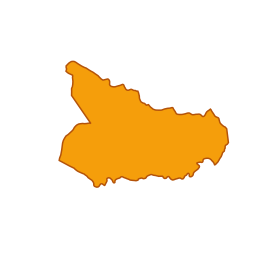 outline of La Fille, Micoud, Saint Lucia, rotated 135°
{"feature_id": "8701671B6329691357439", "entity_name": "La Fille", "entity_type": "district", "adm_level": 2, "iso_a3": "LCA", "parent_name": "Saint Lucia", "parent_adm1": "Micoud", "projection": "mercator", "projection_center": [-60.934, 13.835], "detail": "fine", "context": "isolated", "style": "filled", "palette": "amber", "viewbox_px": 256, "rotation_deg": 135, "n_neighbors": 0, "source": "geoboundaries", "source_scale": "gbopen_adm2", "svg_char_len": 5754}
<svg xmlns="http://www.w3.org/2000/svg" viewBox="0 0 256 256"><g transform="rotate(135 128 128)"><path d="M97.0,130.0L98.9,131.2L98.9,133.6L99.8,135.2L100.3,137.1L100.1,138.1L99.2,140.4L98.5,141.4L97.4,142.6L96.7,143.8L95.6,145.6L95.0,147.1L95.8,147.9L96.4,149.5L97.3,150.4L97.7,151.4L97.9,152.1L98.3,153.0L98.6,153.3L100.1,154.0L100.7,154.2L101.1,154.5L101.4,154.8L101.7,155.2L101.9,155.6L102.0,156.0L102.1,156.4L102.1,157.0L101.9,157.7L101.7,158.3L101.4,159.6L100.7,161.2L100.6,161.6L100.7,162.2L100.9,162.5L101.2,162.8L102.2,163.2L103.8,163.9L104.4,164.3L107.3,165.9L108.1,166.3L108.6,166.8L109.3,167.5L109.6,168.0L110.2,168.9L110.4,169.3L110.5,169.8L110.6,170.5L110.6,170.9L110.4,171.4L110.3,171.8L109.8,172.2L109.2,172.8L108.6,173.3L108.0,174.0L107.7,174.6L107.5,174.9L107.5,175.2L107.4,176.0L107.4,176.4L107.6,176.8L107.8,177.1L108.2,177.4L108.8,177.7L109.9,178.4L110.4,178.7L111.4,179.3L111.8,179.6L111.9,179.9L112.0,180.2L112.3,181.6L112.3,182.3L112.3,184.8L112.2,186.0L112.3,186.7L112.9,189.6L113.2,191.7L113.7,193.5L113.8,193.8L114.0,194.3L114.1,194.8L114.4,196.0L114.6,197.0L115.0,198.8L115.1,199.5L115.2,199.9L115.4,200.3L115.9,201.4L116.3,202.5L117.0,204.6L117.9,208.5L118.2,210.1L118.3,210.8L118.8,212.6L119.1,213.2L119.5,213.7L120.6,214.7L121.2,215.1L123.2,215.6L124.0,215.7L124.9,215.7L126.5,215.7L127.1,215.6L127.7,215.7L128.3,215.2L128.8,214.7L129.3,214.0L129.6,213.2L131.7,212.0L131.7,211.7L131.6,209.9L131.3,208.5L130.4,206.1L129.9,204.6L130.4,203.8L131.5,203.0L133.9,200.0L136.1,198.0L138.2,196.5L139.8,195.9L140.3,195.5L142.0,193.7L144.9,190.9L151.1,157.4L151.3,158.1L152.2,159.1L154.3,160.6L155.8,161.9L156.9,163.3L158.8,164.8L160.1,165.7L162.0,166.3L163.2,166.4L165.5,166.3L167.9,165.6L169.4,165.5L174.9,165.7L177.5,166.2L179.9,165.7L182.5,164.9L184.9,163.6L190.3,159.4L194.5,156.5L197.6,155.1L199.1,154.1L199.6,153.7L196.2,142.5L194.6,137.9L194.5,137.3L194.6,136.8L194.5,135.9L194.4,134.4L194.2,133.6L194.0,132.6L193.1,130.2L192.4,128.4L192.0,127.4L191.8,126.9L191.6,126.6L191.5,126.2L191.5,125.4L191.3,124.4L191.1,123.3L191.1,122.5L191.3,121.2L191.2,120.4L191.1,120.0L190.9,118.6L190.5,116.7L190.5,116.4L190.6,115.7L190.7,114.7L191.4,113.0L192.4,112.0L192.6,111.7L192.9,110.9L192.9,110.4L192.6,109.7L192.4,109.2L192.2,108.8L192.0,108.4L191.6,108.1L191.2,107.7L190.6,107.4L190.0,107.3L189.0,107.4L188.3,107.6L187.7,107.7L187.1,107.8L186.7,107.6L186.3,107.4L186.0,107.1L185.7,106.7L185.4,104.6L185.2,104.0L184.9,103.9L184.5,104.0L183.1,104.5L180.8,105.2L180.1,105.6L179.8,106.0L179.4,106.6L179.0,107.0L178.7,107.0L178.2,107.1L177.8,107.0L177.3,106.7L176.9,106.5L176.7,106.4L176.4,105.8L176.1,105.2L176.0,102.7L176.1,102.2L176.8,100.4L176.9,99.7L176.7,99.1L176.4,98.9L176.2,98.8L175.9,98.8L175.6,98.9L174.8,99.7L174.5,99.9L173.9,100.1L173.5,100.1L172.7,100.1L171.5,99.7L170.8,99.4L169.8,98.8L169.2,98.6L168.7,98.4L168.2,98.5L167.7,98.4L167.0,98.1L166.6,97.8L166.4,97.4L165.9,95.8L165.4,94.8L165.0,94.0L164.6,92.9L164.2,92.1L163.7,91.1L163.4,90.0L163.2,89.6L163.0,89.3L162.6,88.8L161.9,87.9L161.5,87.4L160.7,86.5L160.0,85.5L159.6,85.1L159.2,84.8L157.9,84.1L157.4,84.2L156.9,84.5L156.7,84.5L156.0,84.3L155.1,83.8L154.6,83.6L153.6,82.8L153.4,82.3L153.2,81.7L152.7,81.0L152.2,80.7L151.1,80.1L150.2,80.1L149.7,80.3L148.8,80.4L148.0,80.3L146.5,79.7L145.1,79.1L144.5,78.7L144.2,78.4L143.8,77.6L143.6,77.0L143.0,76.1L142.7,75.7L142.2,75.1L141.5,73.9L140.7,72.6L140.5,72.2L140.0,71.7L139.4,71.2L138.8,70.6L137.8,69.6L137.7,69.2L138.0,67.9L138.1,67.6L138.0,67.3L137.8,66.6L137.7,66.3L136.7,65.6L136.4,65.5L136.0,65.5L135.6,65.6L135.1,65.6L134.7,65.6L134.1,65.4L133.8,65.2L133.6,64.9L133.5,64.5L133.5,64.1L133.6,63.5L133.8,62.6L133.8,61.9L133.8,61.4L133.4,60.0L133.2,59.8L132.4,59.1L132.0,58.9L130.6,58.3L129.2,57.5L128.2,57.0L127.3,56.5L126.5,55.7L126.4,55.5L126.1,54.3L125.9,53.9L125.5,53.5L125.3,53.3L124.8,53.1L123.3,53.3L122.1,53.8L121.7,53.8L121.2,53.7L120.1,53.4L119.6,53.4L119.1,53.6L117.9,53.6L117.5,53.4L117.3,53.1L117.3,52.6L117.4,52.1L117.5,51.9L117.8,51.5L118.2,51.2L118.5,50.9L118.7,50.5L118.7,50.2L118.6,49.7L118.2,49.2L117.7,48.9L117.1,48.7L116.4,48.6L115.9,48.6L115.2,48.8L114.5,49.2L113.7,49.7L113.3,49.9L112.8,50.0L111.3,50.0L109.1,49.7L108.5,49.6L108.0,49.5L107.5,49.5L106.5,49.7L106.0,49.7L105.3,49.9L104.9,50.1L104.6,50.4L104.3,50.9L104.3,51.4L104.4,52.0L104.5,53.4L104.5,53.7L104.3,54.3L103.9,54.5L103.7,54.5L101.5,53.2L100.8,52.5L100.5,51.9L99.9,51.4L99.4,51.2L99.0,51.3L98.3,51.6L98.0,52.0L97.6,52.2L97.0,52.5L96.7,52.5L96.1,52.4L95.2,52.0L94.8,51.7L94.5,51.5L94.1,51.2L93.6,50.8L93.2,50.4L92.8,50.0L92.1,48.9L91.8,47.8L91.7,47.0L91.7,46.3L91.8,45.9L91.8,43.9L92.0,42.7L92.3,41.8L92.5,41.4L92.8,40.8L92.7,40.6L91.8,40.3L91.2,40.4L88.7,40.4L86.2,41.0L85.0,41.4L84.1,41.6L82.3,41.9L80.4,42.7L78.5,43.7L76.2,43.6L75.1,44.4L74.7,44.8L73.5,45.1L72.6,46.1L72.0,46.5L71.4,46.7L69.8,46.5L69.2,46.3L67.3,46.7L58.8,57.6L58.6,59.8L59.2,61.6L59.4,63.9L59.4,65.8L59.1,67.0L57.9,69.1L57.0,70.6L57.0,71.5L57.9,73.7L58.1,75.1L57.5,77.5L56.9,80.8L56.4,82.2L56.4,83.1L58.2,83.3L59.5,83.6L60.9,83.7L61.6,83.6L63.0,83.2L63.7,82.9L64.5,82.7L65.1,82.6L65.8,82.6L66.5,82.8L66.9,83.1L67.1,83.4L67.2,84.3L67.2,85.5L67.4,86.7L67.8,87.4L68.4,88.0L69.5,88.9L70.2,89.6L71.9,90.8L72.4,91.2L72.7,91.5L73.1,92.0L73.4,92.5L73.5,93.1L73.9,94.8L74.0,95.1L74.4,95.6L75.0,96.2L75.7,96.6L76.5,97.1L77.4,97.5L79.4,98.8L80.6,99.7L81.2,100.3L82.1,101.2L83.1,102.4L83.6,103.4L83.7,103.8L83.6,104.4L83.4,105.1L83.1,106.0L82.4,109.4L82.2,109.8L82.0,110.3L82.0,110.5L82.1,110.9L82.4,111.3L82.9,111.6L83.6,112.0L84.3,112.4L86.2,114.0L88.9,115.7L89.6,116.0L90.5,116.4L91.7,117.0L92.4,117.6L93.9,119.1L94.7,120.0L95.3,120.6L95.9,121.4L96.6,122.8L96.9,123.5L97.0,124.4L97.3,127.1L97.2,128.2L97.0,130.0Z" fill="#f59e0b" stroke="#b45309" stroke-width="1.5"/></g></svg>